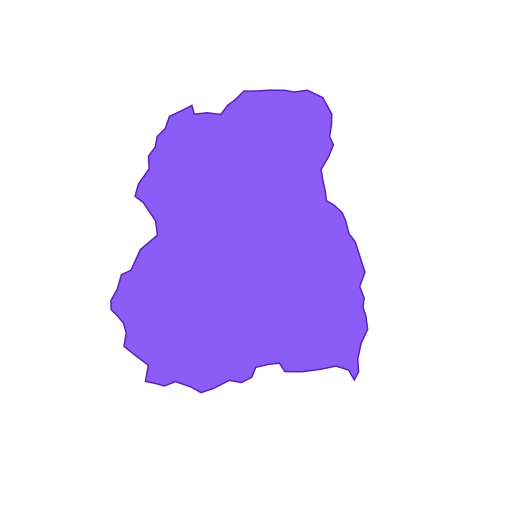 Torre de Pedra, São Paulo, Brazil (Mercator projection), rotated 37°
{"feature_id": "56859067B31349975422395", "entity_name": "Torre de Pedra", "entity_type": "district", "adm_level": 2, "iso_a3": "BRA", "parent_name": "Brazil", "parent_adm1": "São Paulo", "projection": "mercator", "projection_center": [-48.213, -23.25], "detail": "fine", "context": "isolated", "style": "filled", "palette": "violet", "viewbox_px": 512, "rotation_deg": 37, "n_neighbors": 0, "source": "geoboundaries", "source_scale": "gbopen_adm2", "svg_char_len": 1151}
<svg xmlns="http://www.w3.org/2000/svg" viewBox="0 0 512 512"><g transform="rotate(37 256 256)"><path d="M159.8,352.0L165.1,365.8L167.0,379.0L172.5,385.9L182.3,387.4L190.6,389.4L198.5,395.3L205.0,407.6L219.5,408.0L235.7,408.0L243.2,422.7L252.4,418.3L261.0,414.9L267.4,404.7L283.0,399.7L294.3,398.2L302.0,386.9L309.4,371.5L320.5,365.8L325.6,355.4L322.8,345.1L331.1,335.1L339.2,327.5L348.7,330.9L362.6,320.6L376.7,306.6L386.0,295.8L398.7,291.4L409.1,295.8L407.5,286.6L399.2,277.0L392.4,262.3L389.4,247.5L379.9,237.8L372.1,232.4L367.7,224.5L357.2,218.0L352.7,203.3L336.6,192.0L327.0,185.1L316.7,182.2L307.0,174.3L298.9,169.6L287.6,168.4L279.0,169.4L272.8,163.0L263.3,154.8L255.9,147.7L254.2,133.1L251.0,120.7L242.9,116.3L237.4,105.9L231.1,97.1L214.0,89.3L197.3,92.7L187.8,102.1L179.7,106.1L167.5,115.0L157.8,123.4L147.1,131.6L145.3,143.9L142.7,152.7L142.7,164.2L130.9,170.9L121.4,179.9L114.2,174.3L109.1,184.7L102.9,196.6L106.8,208.8L105.2,220.1L110.0,229.5L110.0,240.8L118.2,250.6L118.8,269.4L123.5,281.1L133.9,281.1L142.2,284.1L154.8,288.4L164.7,298.7L159.8,320.4L164.7,342.6L159.8,352.0Z" fill="#8b5cf6" stroke="#5b21b6" stroke-width="1.5"/></g></svg>